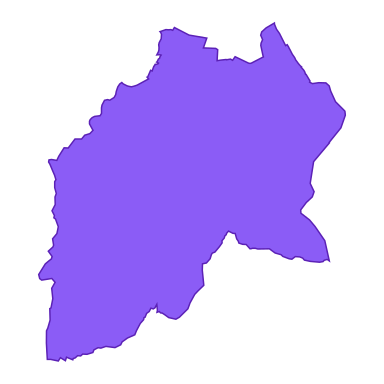 outline of Mioveni, Arges, Romania
{"feature_id": "2599482B98376414707582", "entity_name": "Mioveni", "entity_type": "district", "adm_level": 2, "iso_a3": "ROU", "parent_name": "Romania", "parent_adm1": "Arges", "projection": "mercator", "projection_center": [24.948, 44.942], "detail": "fine", "context": "isolated", "style": "filled", "palette": "violet", "viewbox_px": 384, "rotation_deg": 0, "n_neighbors": 0, "source": "geoboundaries", "source_scale": "gbopen_adm2", "svg_char_len": 3622}
<svg xmlns="http://www.w3.org/2000/svg" viewBox="0 0 384 384"><path d="M344.9,111.2L343.8,110.0L335.5,101.7L330.7,91.1L329.2,85.9L325.9,82.9L318.8,82.7L312.4,83.6L309.6,82.2L310.0,81.0L306.1,74.4L305.6,74.4L305.3,73.6L305.1,73.0L305.0,72.6L304.8,72.1L304.6,71.6L304.5,71.4L304.3,71.1L304.0,70.6L303.9,70.4L303.5,69.9L303.3,69.6L303.2,69.5L302.6,68.9L302.1,68.3L302.0,68.2L301.8,67.8L301.2,67.3L301.5,66.8L301.0,66.5L300.6,66.0L300.2,65.7L299.4,64.8L299.2,64.6L298.9,64.1L298.7,64.0L298.1,63.2L297.7,62.6L296.8,61.4L295.6,59.8L295.2,58.8L294.7,57.7L293.0,55.2L292.5,54.6L291.2,52.1L290.8,51.3L290.0,49.7L289.4,48.7L288.4,46.6L287.6,45.4L287.3,44.9L287.2,44.7L285.6,45.6L279.5,33.5L276.5,29.2L274.5,24.3L274.4,23.0L266.1,27.9L261.7,31.9L260.7,35.2L262.6,39.7L261.1,43.1L260.8,45.4L262.9,55.3L263.4,56.9L251.2,63.2L250.0,63.4L248.7,63.2L235.1,56.7L232.6,60.3L230.5,59.1L226.4,59.8L226.1,59.5L223.5,59.8L220.7,60.1L217.1,60.7L217.7,49.7L215.7,48.4L203.4,47.9L206.8,38.1L189.1,35.1L174.4,27.5L172.7,30.3L170.9,29.6L168.5,29.8L165.9,29.6L160.7,31.4L160.0,31.6L160.8,32.6L161.5,34.3L161.2,38.8L159.2,42.6L158.7,44.8L159.0,47.3L158.9,50.0L158.4,51.8L156.8,54.9L157.6,54.8L160.1,54.8L161.1,55.1L160.0,56.7L159.6,58.2L158.4,59.1L157.5,60.9L157.0,61.9L156.7,62.1L157.2,62.4L158.5,63.1L158.3,63.6L157.1,64.1L156.3,64.3L155.5,64.5L155.2,64.3L154.3,65.8L153.8,66.4L152.1,71.0L150.6,70.3L147.7,77.0L147.1,77.2L148.6,78.9L137.2,85.1L135.5,85.7L133.5,86.3L131.5,86.8L130.3,86.6L128.3,86.2L127.0,85.8L126.2,85.4L123.2,83.9L122.5,83.2L121.8,82.5L119.7,84.0L117.8,86.9L116.3,91.3L116.0,92.9L115.7,94.6L114.1,97.5L109.8,100.2L107.6,99.6L104.5,100.3L102.0,105.1L101.5,107.8L101.5,113.4L100.1,115.7L94.6,116.4L92.2,117.6L90.2,119.6L89.5,121.2L89.5,123.9L91.1,126.9L93.0,130.3L89.9,133.6L84.7,135.2L81.6,139.0L75.0,139.0L68.2,148.0L64.1,147.8L58.8,156.2L56.8,160.4L51.5,159.5L49.0,159.9L48.6,162.0L49.9,164.2L52.7,170.9L54.6,175.3L55.9,179.7L54.7,181.7L54.7,187.6L56.3,193.5L55.0,197.0L55.2,204.6L52.0,210.8L54.4,215.5L53.9,217.8L55.5,219.0L58.3,226.7L56.9,233.6L52.6,238.8L53.6,245.2L52.9,247.0L48.3,251.2L52.1,256.5L51.4,258.9L48.6,261.1L45.3,263.9L38.7,274.5L39.7,278.6L41.7,280.1L51.8,278.5L55.1,282.3L51.7,288.3L52.8,298.7L51.0,307.9L49.8,308.6L50.1,320.1L47.8,328.1L46.5,330.8L46.4,343.0L47.3,359.4L50.7,359.4L58.3,361.0L60.4,357.7L65.4,360.7L66.5,357.2L72.8,359.8L73.2,358.5L75.2,357.9L77.6,355.7L80.7,355.9L82.7,354.1L87.0,354.3L92.9,352.5L93.9,349.9L98.0,347.7L100.9,348.1L105.9,346.4L115.0,347.6L120.7,344.8L122.1,341.9L127.5,338.0L134.8,334.8L136.5,330.6L140.3,323.4L143.6,319.7L144.0,317.6L145.1,317.2L146.6,313.4L149.2,311.5L150.9,308.2L153.3,308.9L154.9,307.9L156.8,304.4L157.4,310.2L157.0,312.3L159.2,311.5L160.6,312.9L162.3,313.1L165.3,315.1L168.7,317.6L175.9,319.2L179.4,317.2L187.9,308.8L190.0,303.0L194.7,294.4L198.1,290.8L203.8,285.3L202.3,270.2L202.5,263.8L206.4,263.0L210.1,258.8L211.4,254.6L212.3,253.1L214.9,252.1L219.4,246.7L222.1,242.9L222.0,240.7L224.2,238.1L224.8,236.0L226.2,234.7L226.6,233.3L228.5,231.1L232.9,233.3L235.2,233.5L236.7,238.9L238.2,241.0L238.9,243.1L242.6,244.3L246.2,244.5L250.0,248.8L251.2,248.7L252.4,248.3L255.3,248.3L257.8,249.0L269.4,248.8L275.1,253.0L281.1,254.7L282.8,256.4L289.2,258.8L291.9,259.2L295.3,256.6L299.7,256.9L302.7,258.1L304.4,260.1L310.4,261.4L319.6,262.2L323.0,261.6L324.2,260.3L327.2,259.4L329.3,260.9L324.8,240.7L315.1,226.6L309.5,219.9L300.9,213.2L300.7,209.9L306.3,202.5L312.3,196.9L314.1,191.7L310.2,183.4L313.6,161.7L315.0,160.0L329.4,142.9L329.1,142.5L340.9,127.9L345.3,115.3L345.2,113.7L345.0,112.1L344.9,111.2Z" fill="#8b5cf6" stroke="#5b21b6" stroke-width="1.5"/></svg>